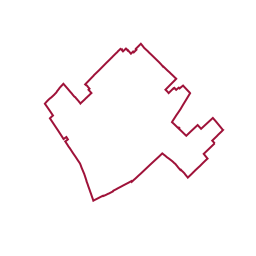 the district of Padina, Buzau, Romania, rotated 298°
{"feature_id": "2599482B78773943722389", "entity_name": "Padina", "entity_type": "district", "adm_level": 2, "iso_a3": "ROU", "parent_name": "Romania", "parent_adm1": "Buzau", "projection": "natural_earth1", "projection_center": [27.115, 44.828], "detail": "fine", "context": "isolated", "style": "outline", "palette": "rose", "viewbox_px": 256, "rotation_deg": 298, "n_neighbors": 0, "source": "geoboundaries", "source_scale": "gbopen_adm2", "svg_char_len": 5143}
<svg xmlns="http://www.w3.org/2000/svg" viewBox="0 0 256 256"><g transform="rotate(298 128 128)"><path d="M170.8,212.8L170.8,212.7L173.2,207.0L175.3,201.9L176.7,198.2L161.6,192.9L163.3,188.1L154.3,185.0L148.5,183.1L149.0,181.2L150.1,177.5L151.3,173.1L152.1,173.3L152.3,172.6L151.7,171.9L151.7,171.7L151.8,171.6L151.8,171.3L153.0,167.2L153.8,164.1L154.8,164.1L156.1,164.2L157.2,164.3L158.3,164.4L159.8,164.5L160.6,164.6L161.2,164.6L163.0,164.8L163.7,164.9L165.4,165.1L166.4,165.2L168.4,165.4L169.0,165.5L169.4,165.5L174.1,165.7L179.1,166.0L187.9,166.5L188.3,165.6L188.9,163.7L190.8,158.1L191.3,156.7L189.7,156.0L188.5,155.5L187.2,155.0L187.5,154.3L187.5,153.9L184.3,152.6L185.2,150.2L184.3,149.9L184.4,149.5L177.9,147.5L178.6,145.8L179.4,143.1L185.8,145.0L194.1,147.5L194.3,147.0L194.5,146.0L195.3,143.3L195.8,141.5L196.1,140.3L196.6,138.8L197.0,137.1L197.2,136.2L198.9,130.3L198.6,130.2L199.8,127.2L200.4,125.3L200.5,125.2L200.6,124.8L200.9,123.8L201.2,122.7L203.6,114.5L204.7,110.4L204.9,110.2L205.2,109.0L205.5,107.8L206.3,104.7L207.6,101.8L208.4,99.8L205.7,99.0L203.4,98.3L201.6,97.7L201.3,97.7L201.0,98.7L197.5,97.6L197.9,96.6L195.0,95.7L195.5,94.4L195.9,93.5L196.0,93.0L196.1,92.8L196.4,92.2L196.7,91.4L196.3,91.3L196.4,91.1L196.4,90.9L196.7,90.3L196.8,90.0L197.0,89.7L197.2,88.9L193.3,87.6L193.5,87.1L193.7,86.6L193.8,86.5L193.7,86.5L194.1,85.5L194.4,84.6L194.5,84.3L194.4,84.2L194.0,84.1L192.7,83.7L191.1,83.1L190.8,83.1L189.3,82.7L188.9,82.5L183.8,80.9L182.9,80.7L181.8,80.3L180.4,79.9L176.9,78.8L175.7,78.4L173.0,77.6L165.0,75.2L158.6,73.1L158.2,73.1L155.1,72.2L146.4,69.7L146.3,70.1L146.1,70.9L146.2,71.3L146.2,71.7L145.9,72.4L145.8,72.8L145.5,73.2L144.6,75.6L143.2,75.2L141.7,79.3L139.4,78.5L139.0,78.4L138.6,78.3L137.8,78.0L137.3,77.8L136.4,77.5L135.9,77.4L135.5,77.2L135.3,77.1L135.1,77.1L134.9,77.0L134.1,76.7L133.2,76.5L128.0,74.7L127.3,74.5L127.5,74.2L128.0,73.0L128.1,72.6L128.4,72.1L128.8,71.1L128.9,70.8L129.1,70.2L129.3,69.8L129.6,69.1L129.6,68.8L130.1,67.7L130.3,67.4L130.5,66.7L130.4,66.4L130.5,66.0L130.6,65.7L130.7,65.3L131.0,64.7L131.1,64.4L131.2,64.1L131.5,63.4L131.6,63.1L131.7,62.9L132.0,62.4L132.6,60.7L132.9,59.9L133.4,58.7L133.7,57.9L134.2,56.7L136.7,50.2L135.6,49.9L135.0,49.8L134.8,49.7L134.7,49.7L134.3,49.6L134.2,49.5L133.8,49.4L133.4,49.3L133.0,49.2L132.4,49.1L131.9,48.9L131.2,48.8L130.9,48.7L130.7,48.7L130.2,48.7L129.9,48.6L129.7,48.6L129.3,48.5L128.8,48.4L128.5,48.4L127.9,48.3L127.7,48.2L127.2,48.1L126.8,48.1L126.7,48.1L126.0,48.1L125.1,47.9L124.9,47.8L124.5,47.7L124.2,47.6L123.4,47.4L122.3,47.1L122.2,47.0L121.2,46.7L120.6,46.5L120.4,46.4L120.1,46.3L119.9,46.2L119.7,46.2L119.3,46.0L118.7,45.8L118.5,45.7L118.3,45.6L118.1,45.5L118.0,45.4L117.7,45.3L117.5,45.2L117.4,45.2L117.2,45.1L116.9,45.0L116.7,44.9L116.2,44.7L115.8,44.6L115.7,44.6L115.3,44.4L115.2,44.4L114.9,44.3L114.7,44.3L114.4,44.2L114.5,44.2L114.1,44.1L113.5,43.9L111.4,43.4L110.4,43.2L108.5,47.0L106.1,51.6L103.8,55.9L102.0,55.2L99.9,54.5L97.8,58.4L93.7,66.0L93.3,66.8L90.3,72.2L88.0,76.3L91.1,77.8L90.2,79.4L89.7,80.3L87.4,79.3L86.7,78.9L86.3,79.6L86.0,80.1L85.7,80.7L85.4,81.2L85.1,81.8L84.9,82.2L84.2,83.3L83.1,85.4L83.1,85.6L80.0,91.2L78.3,94.5L78.0,95.1L75.8,99.1L74.4,101.8L73.8,102.7L73.6,102.9L72.6,104.1L72.3,104.4L71.3,105.5L67.3,110.4L67.2,110.6L66.9,110.9L66.6,111.2L66.4,111.4L66.1,111.7L65.8,112.1L65.3,112.6L64.9,113.0L64.4,113.5L64.2,113.8L63.6,114.3L63.3,114.7L62.3,115.7L61.8,116.2L61.7,116.2L61.1,116.8L60.7,117.3L60.5,117.5L60.0,118.1L58.9,119.3L57.9,120.3L57.2,121.1L56.2,122.2L55.2,123.3L53.6,125.0L53.1,125.6L52.1,126.7L51.6,127.2L51.1,127.7L50.8,128.1L50.2,128.7L49.3,129.7L47.8,131.3L47.7,131.4L47.6,131.5L48.5,132.1L50.7,133.7L51.0,133.9L51.3,134.1L54.2,136.1L54.9,136.6L56.2,137.5L56.5,137.8L56.3,138.1L57.5,139.1L58.8,140.1L60.0,140.9L60.1,141.0L60.6,141.3L60.9,141.7L61.5,142.1L65.0,144.5L65.3,144.5L65.5,144.4L65.8,144.5L66.9,145.3L67.8,145.9L68.9,146.7L69.0,146.7L69.2,146.8L73.6,149.8L74.2,150.2L74.4,150.3L75.7,151.2L77.3,152.3L78.9,153.4L79.3,153.7L82.8,156.0L82.3,156.6L83.4,157.0L85.2,157.6L86.4,158.1L86.7,158.2L88.4,158.8L90.8,159.6L93.5,160.6L102.7,163.7L106.6,165.0L114.6,167.8L118.0,169.0L121.7,170.2L121.7,170.3L121.6,170.6L121.4,171.5L121.0,173.9L120.7,175.2L120.5,175.9L120.4,176.8L120.3,177.5L120.3,177.8L119.8,180.8L119.6,182.0L119.5,182.5L119.4,183.0L119.2,183.7L119.2,183.9L119.1,184.2L118.9,184.8L118.8,185.1L118.7,185.5L118.7,185.8L118.6,186.2L118.6,186.4L118.4,186.8L118.4,187.0L118.3,187.3L118.1,187.6L117.9,188.1L117.8,188.3L117.7,188.6L117.2,189.8L117.1,190.0L116.8,190.6L115.5,194.0L116.0,194.2L115.7,195.1L115.6,195.3L115.5,195.5L115.4,196.0L115.2,196.8L114.8,198.1L114.6,198.7L114.4,199.3L114.1,199.8L113.7,200.7L112.9,202.6L112.5,203.7L112.3,204.1L117.1,205.7L119.4,206.4L120.2,206.6L120.8,206.9L121.8,207.1L122.6,207.4L127.0,208.9L127.7,209.2L131.7,210.4L133.0,210.8L135.8,211.7L136.9,212.1L137.2,212.2L137.9,212.4L138.1,212.5L138.3,212.6L140.7,207.0L147.1,209.1L154.1,211.4L155.1,211.7L155.1,211.8L155.8,210.0L156.4,208.3L157.0,208.5L158.3,208.9L162.6,210.3L163.0,210.4L164.5,210.8L168.7,212.2L170.8,212.8L170.8,212.8Z" fill="none" stroke="#9f1239" stroke-width="2"/></g></svg>